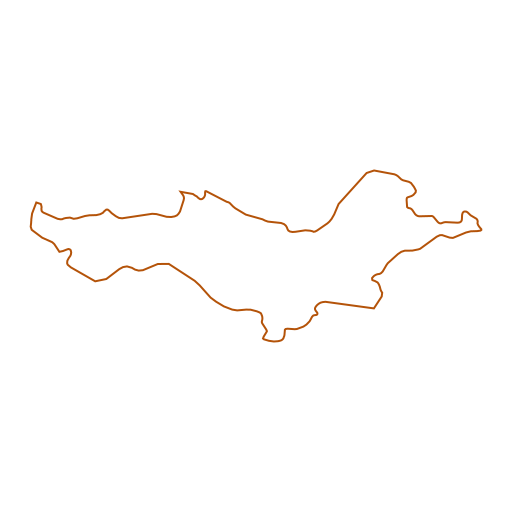 an SVG outline of Požeško-Slavonska
{"feature_id": "HRV-1604", "entity_name": "Požeško-Slavonska", "entity_type": "County", "adm_level": 1, "iso_a3": "HRV", "parent_name": "Croatia", "parent_adm1": "", "projection": "equal_earth", "projection_center": [17.752, 45.408], "detail": "fine", "context": "isolated", "style": "outline", "palette": "amber", "viewbox_px": 512, "rotation_deg": 0, "n_neighbors": 0, "source": "natural_earth", "source_scale": "10m", "svg_char_len": 3597}
<svg xmlns="http://www.w3.org/2000/svg" viewBox="0 0 512 512"><path d="M313.6,231.8L315.2,231.5L317.1,230.5L327.4,223.4L329.4,221.6L331.6,218.9L334.2,214.4L338.6,204.0L366.6,173.0L374.1,170.5L394.4,174.3L396.3,175.1L397.8,176.1L401.3,179.4L403.1,180.3L408.8,181.8L411.0,183.0L413.9,186.8L414.9,188.6L415.9,190.6L415.6,192.4L413.4,194.9L411.6,196.0L407.5,197.4L407.0,197.8L406.7,198.7L406.6,200.1L407.1,207.0L408.0,207.8L408.9,208.1L410.1,208.3L411.4,209.0L412.5,210.2L415.1,214.1L416.4,215.3L417.8,216.0L419.2,216.3L431.9,216.0L432.7,216.3L433.4,216.8L434.2,217.7L437.6,221.8L438.7,222.8L439.9,223.3L441.2,223.3L443.7,222.4L445.4,222.1L457.7,222.7L459.7,222.4L461.1,221.5L461.7,220.4L461.9,219.2L462.1,214.9L462.5,213.3L463.0,212.4L463.7,211.8L464.3,211.5L465.3,211.5L466.5,211.7L467.6,212.4L470.6,215.3L476.5,218.8L477.3,219.9L477.7,221.2L477.5,223.5L478.2,225.2L479.2,226.7L481.3,229.2L481.3,230.0L480.5,230.6L477.3,231.1L470.8,231.3L466.0,232.5L453.2,237.8L452.6,237.9L449.6,237.6L442.1,235.1L439.9,235.2L436.7,236.7L420.1,248.8L418.3,249.4L412.3,250.6L404.7,250.7L401.3,251.8L397.9,254.1L387.8,263.2L386.5,265.0L382.7,271.5L381.1,273.1L379.6,273.9L377.5,274.2L376.3,274.6L375.3,275.1L374.3,275.7L373.5,276.4L372.8,277.2L372.1,278.0L372.1,278.9L372.4,280.1L374.9,281.0L377.5,282.4L378.3,283.4L379.1,284.9L379.8,286.7L380.6,289.8L381.4,291.5L382.2,292.7L381.7,296.5L373.9,308.4L325.4,301.8L322.7,302.1L320.5,302.7L318.8,303.7L317.4,304.8L316.2,306.1L315.4,307.3L315.0,308.3L315.0,309.2L315.4,310.2L315.9,311.0L317.1,312.5L317.4,313.1L317.4,313.9L317.1,314.5L316.5,314.9L313.9,315.3L313.2,315.6L312.5,316.3L312.0,316.9L311.5,317.8L310.8,319.2L309.6,321.3L306.4,324.6L303.4,326.6L296.9,329.0L294.7,329.2L287.5,328.7L285.7,329.0L284.9,329.7L284.8,331.0L284.5,334.6L284.3,335.8L283.8,337.1L283.4,338.3L282.9,339.0L282.3,339.6L281.3,340.3L279.8,340.8L278.0,341.2L273.9,341.5L268.9,340.8L263.9,339.3L263.0,338.5L263.7,336.6L266.8,331.5L266.9,331.1L266.2,329.5L262.2,323.3L261.9,322.5L261.8,321.8L262.3,319.5L262.4,318.3L262.3,317.2L262.2,316.5L262.0,315.8L261.3,314.1L260.9,313.3L259.5,312.4L256.8,311.3L250.6,309.7L246.2,309.6L237.2,310.4L232.2,309.6L223.9,306.4L216.1,301.7L210.6,297.6L199.7,285.4L194.7,280.8L168.8,263.9L157.8,264.0L142.9,270.2L138.7,270.6L135.0,269.6L131.9,267.8L127.0,266.4L123.0,267.1L119.3,269.1L106.3,279.0L95.2,281.3L70.9,267.4L67.8,264.8L67.2,263.6L67.2,262.0L67.4,260.6L68.8,258.0L70.3,255.9L70.9,254.5L71.2,252.4L70.7,250.2L69.7,249.3L68.4,249.0L67.1,249.4L63.0,251.0L59.4,251.8L54.5,244.4L54.0,243.8L52.2,242.2L42.2,237.7L31.7,229.8L30.7,226.7L31.1,223.1L31.2,221.4L31.3,220.5L31.3,219.3L32.1,213.5L36.3,202.5L40.8,204.0L41.2,205.2L41.6,207.1L41.4,208.8L41.6,210.8L42.4,211.9L43.6,212.7L57.6,218.8L60.4,219.3L62.2,219.2L63.8,218.5L65.9,218.0L69.9,217.6L73.7,218.8L77.2,218.3L85.0,216.0L89.4,215.3L96.3,215.1L100.2,214.2L102.9,212.8L104.3,211.2L106.3,209.6L107.7,209.6L109.2,210.7L111.7,213.2L115.8,216.2L118.9,217.9L122.1,218.3L152.2,213.8L156.5,214.1L166.6,216.8L171.2,217.0L174.6,216.4L176.9,215.4L178.5,213.8L180.0,211.5L183.6,200.3L184.0,198.2L183.7,196.5L183.1,195.3L180.6,191.8L192.9,194.0L194.9,195.4L196.9,196.5L197.8,197.5L198.8,198.3L200.0,199.1L201.2,199.2L202.4,198.9L204.0,197.4L204.7,196.1L205.1,194.8L205.1,192.1L205.4,191.2L206.2,191.2L226.7,201.8L228.5,202.3L229.7,203.0L233.1,206.5L235.3,208.3L245.8,214.6L262.5,219.3L265.1,220.6L268.0,221.6L281.1,223.0L284.0,224.1L285.8,225.6L286.9,227.4L287.5,229.1L288.3,230.5L289.9,231.5L292.5,232.0L295.4,231.8L305.3,230.3L310.2,230.7L312.6,231.3L313.6,231.8Z" fill="none" stroke="#b45309" stroke-width="2"/></svg>